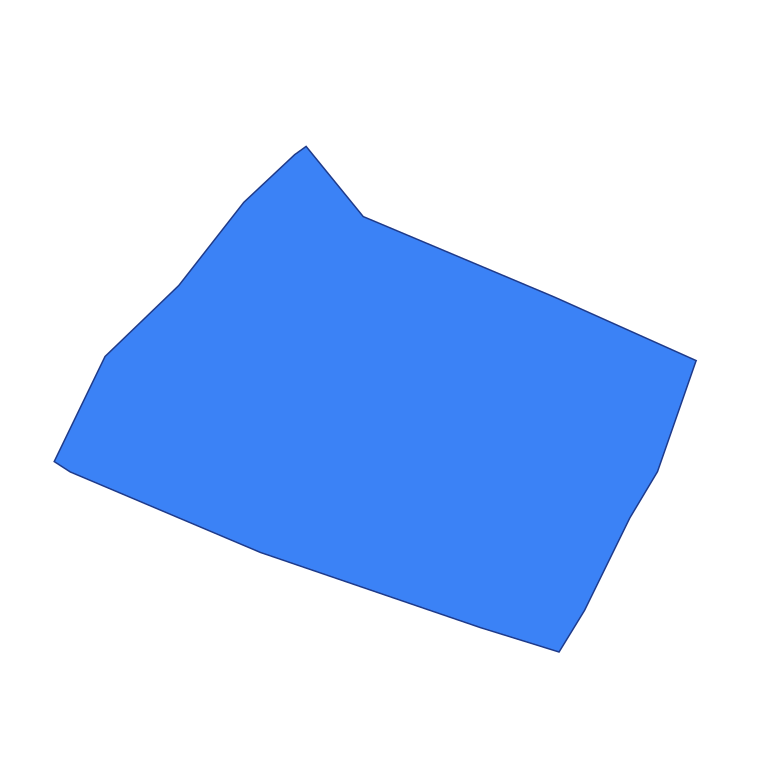 25, Ad Dawhah, Qatar, rotated 18°
{"feature_id": "91078587B27846098888320", "entity_name": "25", "entity_type": "district", "adm_level": 2, "iso_a3": "QAT", "parent_name": "Qatar", "parent_adm1": "Ad Dawhah", "projection": "equal_earth", "projection_center": [51.531, 25.268], "detail": "fine", "context": "isolated", "style": "filled", "palette": "blue", "viewbox_px": 768, "rotation_deg": 18, "n_neighbors": 0, "source": "geoboundaries", "source_scale": "gbopen_adm2", "svg_char_len": 397}
<svg xmlns="http://www.w3.org/2000/svg" viewBox="0 0 768 768"><g transform="rotate(18 384 384)"><path d="M673.7,265.3L519.5,248.7L312.5,231.2L236.5,182.1L228.2,193.4L194.5,254.6L158.4,353.7L110.2,444.0L94.3,559.7L112.8,564.6L318.6,582.4L551.0,585.9L625.0,584.9L633.3,584.8L644.7,537.3L659.2,435.3L671.2,382.8L673.6,266.2L673.7,265.3Z" fill="#3b82f6" stroke="#1e3a8a" stroke-width="1.5"/></g></svg>